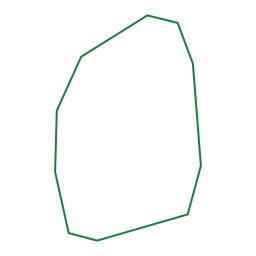 Ndian, Cameroon
{"feature_id": "32672807B79900399400197", "entity_name": "Ndian", "entity_type": "district", "adm_level": 2, "iso_a3": "CMR", "parent_name": "Cameroon", "parent_adm1": "", "projection": "equal_earth", "projection_center": [8.535, 4.676], "detail": "fine", "context": "isolated", "style": "outline", "palette": "green", "viewbox_px": 256, "rotation_deg": 0, "n_neighbors": 0, "source": "geoboundaries", "source_scale": "gbopen_adm2", "svg_char_len": 249}
<svg xmlns="http://www.w3.org/2000/svg" viewBox="0 0 256 256"><path d="M68.7,233.1L97.0,240.6L187.7,214.4L200.9,165.8L192.9,63.7L177.6,22.9L147.3,15.4L81.2,56.7L56.8,110.6L55.1,171.9L68.7,233.1Z" fill="none" stroke="#15803d" stroke-width="2"/></svg>